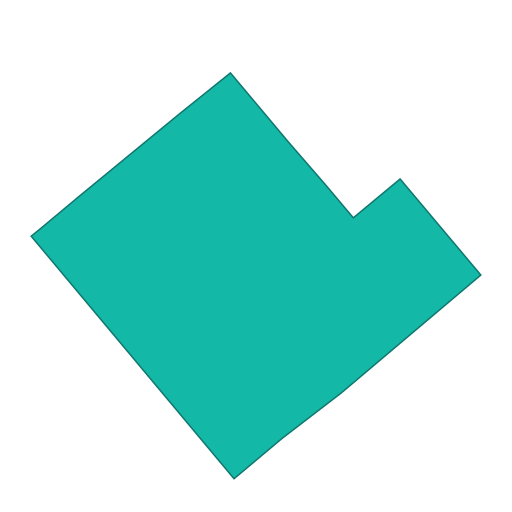 the district of Portage, Wisconsin, United States of America, rotated 140°
{"feature_id": "52423323B90937384795518", "entity_name": "Portage", "entity_type": "district", "adm_level": 2, "iso_a3": "USA", "parent_name": "United States of America", "parent_adm1": "Wisconsin", "projection": "mercator", "projection_center": [-89.565, 44.465], "detail": "fine", "context": "isolated", "style": "filled", "palette": "teal", "viewbox_px": 512, "rotation_deg": 140, "n_neighbors": 0, "source": "geoboundaries", "source_scale": "gbopen_adm2", "svg_char_len": 331}
<svg xmlns="http://www.w3.org/2000/svg" viewBox="0 0 512 512"><g transform="rotate(140 256 256)"><path d="M96.0,96.9L96.1,222.4L156.9,222.7L157.0,267.3L157.9,322.1L157.9,412.7L223.2,414.1L352.9,415.4L404.1,415.5L415.5,415.7L416.0,99.5L353.1,99.5L278.9,96.3L96.0,96.9Z" fill="#14b8a6" stroke="#0f766e" stroke-width="1.5"/></g></svg>